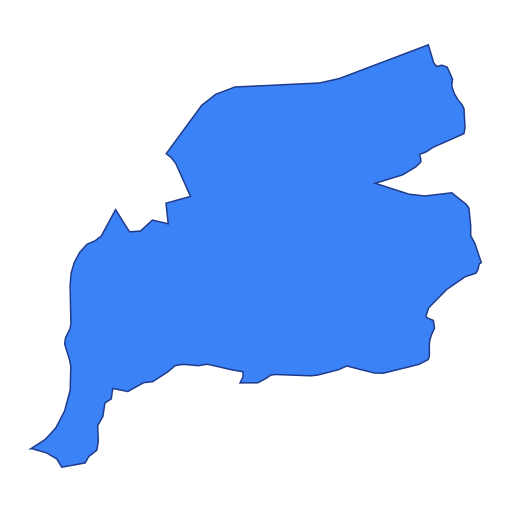 the border of Ventspils
{"feature_id": "LVA-934", "entity_name": "Ventspils", "entity_type": "Municipality", "adm_level": 1, "iso_a3": "LVA", "parent_name": "Latvia", "parent_adm1": "", "projection": "robinson", "projection_center": [21.854, 57.3], "detail": "fine", "context": "isolated", "style": "filled", "palette": "blue", "viewbox_px": 512, "rotation_deg": 0, "n_neighbors": 0, "source": "natural_earth", "source_scale": "10m", "svg_char_len": 1544}
<svg xmlns="http://www.w3.org/2000/svg" viewBox="0 0 512 512"><path d="M30.7,448.8L45.4,439.3L55.8,427.9L64.6,411.0L70.2,390.0L70.8,366.0L69.5,359.7L64.6,343.8L65.6,337.5L69.9,329.1L70.9,324.0L70.1,285.5L71.1,273.2L74.2,262.7L79.8,252.2L87.1,244.2L94.9,240.9L101.2,236.1L115.6,209.6L123.0,221.6L129.5,231.8L140.4,231.1L152.4,220.1L168.2,223.8L166.0,203.2L190.5,196.4L175.7,163.3L171.2,157.6L166.2,153.7L201.8,105.2L215.7,94.3L234.9,87.0L319.2,83.0L339.1,78.6L428.3,44.8L433.8,63.0L436.8,66.5L441.8,65.2L447.2,67.2L452.5,79.1L451.7,85.7L454.0,93.0L458.0,99.9L462.3,105.1L464.0,108.9L465.0,127.7L464.0,133.6L432.8,147.4L426.3,151.8L419.4,154.5L420.7,158.5L420.8,162.0L415.9,166.8L402.7,174.8L375.2,183.3L409.0,194.2L425.0,196.0L451.8,192.8L458.5,198.2L466.4,204.5L468.9,208.0L470.7,225.8L470.7,235.8L474.8,243.3L481.3,262.6L479.2,264.0L477.9,269.9L475.9,273.1L465.2,276.7L446.6,289.5L428.7,307.8L426.0,315.8L427.0,317.8L433.4,320.5L434.5,328.2L431.3,335.1L429.9,340.1L429.5,342.6L429.3,345.2L429.4,355.2L429.0,357.5L428.1,359.6L419.1,364.3L383.4,373.2L374.3,373.0L346.7,366.0L338.1,369.8L317.6,375.1L310.6,375.8L275.4,374.5L270.7,375.1L266.2,378.3L257.9,382.8L240.0,382.9L243.0,376.9L243.1,374.2L242.8,371.7L232.6,370.0L207.2,364.2L198.3,365.7L185.4,364.5L180.7,364.6L175.0,365.7L168.0,371.7L152.7,381.7L143.8,382.6L127.8,391.5L112.7,388.5L111.3,398.8L104.9,403.1L102.9,416.4L97.7,425.5L98.3,441.2L96.9,450.1L88.7,456.6L85.2,462.9L61.8,467.2L56.7,458.9L46.5,452.9L32.4,448.8L30.7,448.8Z" fill="#3b82f6" stroke="#1e3a8a" stroke-width="1.5"/></svg>